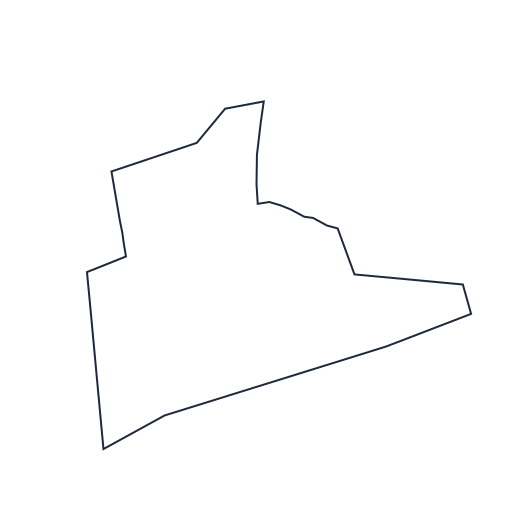 the district of Água Branca, Piauí, Brazil, rotated 346°
{"feature_id": "56859067B37931191276817", "entity_name": "Água Branca", "entity_type": "district", "adm_level": 2, "iso_a3": "BRA", "parent_name": "Brazil", "parent_adm1": "Piauí", "projection": "orthographic", "projection_center": [-42.619, -5.906], "detail": "fine", "context": "isolated", "style": "outline", "palette": "slate", "viewbox_px": 512, "rotation_deg": 346, "n_neighbors": 0, "source": "geoboundaries", "source_scale": "gbopen_adm2", "svg_char_len": 511}
<svg xmlns="http://www.w3.org/2000/svg" viewBox="0 0 512 512"><g transform="rotate(346 256 256)"><path d="M300.9,107.9L261.7,105.6L225.9,131.9L136.2,139.0L132.4,189.6L131.9,201.5L130.9,210.3L129.7,225.0L88.1,230.7L83.5,261.3L61.3,406.4L128.8,388.6L202.0,384.4L360.3,375.3L450.7,364.2L449.8,333.7L347.1,297.7L341.9,249.0L332.1,243.5L320.6,232.9L312.2,229.5L300.8,219.1L291.6,212.5L281.9,206.8L270.3,205.8L273.9,186.3L281.4,158.0L292.8,127.9L300.9,107.9Z" fill="none" stroke="#1e293b" stroke-width="2"/></g></svg>